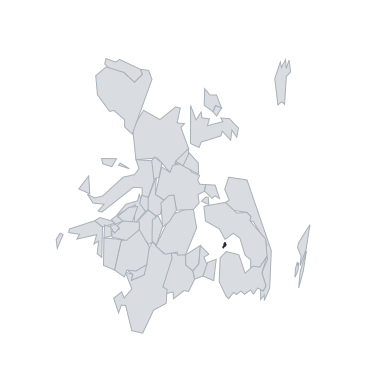 Europe, with Aland highlighted, rotated 101°
{"feature_id": "ALA", "entity_name": "Aland", "entity_type": "country or territory", "adm_level": 0, "iso_a3": "ALA", "parent_name": "Europe", "parent_adm1": "", "projection": "equal_earth", "projection_center": [19.994, 60.209], "detail": "fine", "context": "in_parent", "style": "filled", "palette": "slate", "viewbox_px": 384, "rotation_deg": 101, "n_neighbors": 38, "source": "natural_earth", "source_scale": "50m", "svg_char_len": 8124}
<svg xmlns="http://www.w3.org/2000/svg" viewBox="0 0 384 384"><g transform="rotate(101 192 192)"><path d="M201.5,70.0L226.4,69.1L243.7,71.7L234.1,72.7L226.6,77.7L221.9,77.8L201.5,70.0ZM284.4,104.1L274.0,106.2L275.5,103.2L270.0,101.5L257.9,108.0L243.1,104.9L237.3,109.0L229.3,108.3L209.4,126.0L209.3,129.6L204.9,129.5L201.6,134.3L202.2,150.3L195.8,157.3L192.9,153.9L183.1,160.4L170.5,158.8L169.7,140.3L234.4,103.0L271.5,97.4L284.7,100.3L279.5,101.4L284.4,104.1ZM265.9,69.0L249.4,70.6L227.9,68.4L248.9,67.7L265.9,69.0ZM256.1,74.7L247.5,75.8L240.6,75.2L243.3,74.4L241.0,73.6L248.9,73.0L256.1,74.7Z" fill="#d9dde1" stroke="#a8b0b8" stroke-width="1"/><path d="M150.0,203.6L177.0,217.3L165.2,232.5L171.0,253.2L140.3,262.6L121.1,255.1L127.0,237.3L111.6,224.3L111.8,219.5L127.0,219.8L126.4,212.4L130.8,215.2L150.0,203.6ZM177.3,267.9L181.1,257.9L179.7,269.4L177.3,267.9Z" fill="#d9dde1" stroke="#a8b0b8" stroke-width="1"/><path d="M195.8,157.3L204.1,143.9L201.6,134.3L204.9,129.5L209.3,129.6L224.1,110.8L240.6,106.0L252.9,111.1L254.8,120.1L247.4,121.4L243.9,127.8L228.1,136.2L224.7,143.7L232.2,150.5L223.0,158.1L218.0,173.2L203.7,177.6L195.8,157.3Z" fill="#d9dde1" stroke="#a8b0b8" stroke-width="1"/><path d="M277.1,172.8L290.4,176.4L290.2,180.9L300.4,189.8L293.7,191.5L296.6,197.6L290.8,202.5L255.5,200.9L254.9,186.3L264.9,184.1L269.2,176.1L277.1,172.8Z" fill="#d9dde1" stroke="#a8b0b8" stroke-width="1"/><path d="M316.6,239.8L324.7,241.0L311.3,248.6L303.3,242.0L309.0,238.4L298.6,232.6L283.5,242.1L284.1,234.4L290.1,234.5L282.5,223.2L263.0,225.8L248.6,221.2L257.7,208.2L255.5,200.9L260.6,198.9L290.8,202.5L292.3,197.9L306.2,196.1L315.4,207.2L340.0,213.5L339.6,224.7L316.0,235.5L316.6,239.8Z" fill="#d9dde1" stroke="#a8b0b8" stroke-width="1"/><path d="M254.9,186.3L256.7,193.9L253.7,195.1L258.2,206.4L252.0,217.3L218.5,208.2L208.5,192.1L208.9,187.3L226.3,180.6L254.9,186.3Z" fill="#d9dde1" stroke="#a8b0b8" stroke-width="1"/><path d="M222.3,223.2L217.1,232.8L209.8,234.5L183.3,230.0L201.3,227.5L205.1,218.2L219.9,218.8L222.3,223.2Z" fill="#d9dde1" stroke="#a8b0b8" stroke-width="1"/><path d="M248.6,221.2L251.8,224.8L243.2,235.3L229.7,239.0L218.1,231.7L222.3,223.2L248.6,221.2Z" fill="#d9dde1" stroke="#a8b0b8" stroke-width="1"/><path d="M271.9,222.6L282.5,223.2L290.1,234.5L284.1,234.4L281.1,240.9L280.1,231.9L271.9,222.6Z" fill="#d9dde1" stroke="#a8b0b8" stroke-width="1"/><path d="M281.1,240.9L288.3,242.2L283.4,253.1L253.5,252.3L239.0,236.5L254.0,223.4L271.9,222.6L280.1,231.9L281.1,240.9Z" fill="#d9dde1" stroke="#a8b0b8" stroke-width="1"/><path d="M269.2,176.1L264.9,184.1L254.9,186.3L242.9,173.6L261.2,171.6L269.2,176.1Z" fill="#d9dde1" stroke="#a8b0b8" stroke-width="1"/><path d="M272.4,165.2L277.1,172.8L269.2,176.1L261.2,171.6L242.9,173.6L249.8,163.6L253.7,167.9L262.2,162.3L272.4,165.2Z" fill="#d9dde1" stroke="#a8b0b8" stroke-width="1"/><path d="M275.0,153.8L272.4,165.2L258.3,163.3L253.4,155.4L275.0,153.8Z" fill="#d9dde1" stroke="#a8b0b8" stroke-width="1"/><path d="M208.9,187.3L212.8,203.8L198.6,209.2L205.1,218.2L201.3,227.5L173.1,226.5L177.0,217.3L169.7,216.1L167.1,210.1L167.9,199.1L172.3,196.8L174.4,187.7L179.4,188.7L182.9,185.7L182.1,180.0L188.9,179.8L193.4,185.7L201.3,182.9L208.9,187.3Z" fill="#d9dde1" stroke="#a8b0b8" stroke-width="1"/><path d="M251.9,249.4L253.5,252.3L283.4,253.1L280.9,264.9L253.8,269.7L251.9,249.4Z" fill="#d9dde1" stroke="#a8b0b8" stroke-width="1"/><path d="M273.1,313.5L264.4,316.3L257.5,313.6L258.5,310.5L273.1,313.5ZM243.4,273.2L273.5,268.1L270.7,273.3L258.0,274.3L261.8,278.3L252.1,277.4L260.2,296.1L255.0,294.2L255.4,305.2L251.7,305.3L238.7,281.9L243.4,273.2Z" fill="#d9dde1" stroke="#a8b0b8" stroke-width="1"/><path d="M243.4,273.2L238.7,281.9L234.6,277.4L236.4,260.2L243.4,273.2Z" fill="#d9dde1" stroke="#a8b0b8" stroke-width="1"/><path d="M219.9,234.0L234.6,242.6L215.4,245.4L229.5,261.6L216.6,254.5L211.0,243.7L204.4,243.3L219.9,234.0Z" fill="#d9dde1" stroke="#a8b0b8" stroke-width="1"/><path d="M184.0,227.2L187.6,234.1L171.2,238.9L164.9,235.5L169.2,227.1L184.0,227.2Z" fill="#d9dde1" stroke="#a8b0b8" stroke-width="1"/><path d="M165.8,210.4L167.5,214.4L164.9,214.0L165.8,210.4Z" fill="#d9dde1" stroke="#a8b0b8" stroke-width="1"/><path d="M168.1,205.8L164.9,214.0L150.0,203.6L162.6,201.5L168.1,205.8Z" fill="#d9dde1" stroke="#a8b0b8" stroke-width="1"/><path d="M173.3,189.0L168.1,205.8L154.1,202.3L162.3,191.4L173.3,189.0Z" fill="#d9dde1" stroke="#a8b0b8" stroke-width="1"/><path d="M81.5,265.8L86.1,263.0L95.3,269.4L87.6,281.9L88.8,293.1L83.1,302.1L77.4,301.9L79.0,291.7L75.7,288.3L81.5,265.8Z" fill="#d9dde1" stroke="#a8b0b8" stroke-width="1"/><path d="M85.6,300.2L87.6,281.9L95.3,269.4L86.1,263.0L81.5,265.8L80.8,257.8L89.1,252.8L146.6,261.7L141.0,270.5L133.9,272.0L126.9,284.2L128.6,288.3L114.7,303.3L96.2,308.7L85.6,300.2Z" fill="#d9dde1" stroke="#a8b0b8" stroke-width="1"/><path d="M109.3,186.6L104.5,196.6L88.1,199.3L93.4,192.8L92.1,186.5L104.0,179.0L102.7,185.4L109.3,186.6Z" fill="#d9dde1" stroke="#a8b0b8" stroke-width="1"/><path d="M188.2,231.4L205.6,234.0L206.0,240.2L197.5,241.6L198.5,250.4L229.0,276.7L228.5,280.6L220.8,276.0L221.7,287.1L214.0,294.3L216.5,286.6L212.9,278.9L190.6,262.5L185.8,251.6L179.0,248.5L171.0,253.2L169.0,237.5L188.2,231.4ZM196.0,296.5L213.2,292.0L210.6,303.7L196.0,296.5ZM173.7,272.4L182.5,275.6L181.3,285.1L176.4,287.1L173.7,272.4Z" fill="#d9dde1" stroke="#a8b0b8" stroke-width="1"/><path d="M188.9,179.8L182.1,180.0L180.8,170.6L193.2,163.7L191.3,168.5L194.3,171.1L188.9,179.8ZM201.1,173.1L199.3,180.9L194.5,177.6L194.0,175.1L201.1,173.1Z" fill="#d9dde1" stroke="#a8b0b8" stroke-width="1"/><path d="M109.3,186.6L102.7,185.4L104.0,179.0L112.7,182.4L109.3,186.6ZM124.0,189.5L117.0,175.1L113.9,177.9L112.9,169.2L120.4,158.6L129.8,158.5L123.6,164.7L133.8,163.9L126.5,173.9L131.4,174.3L141.2,192.4L147.0,193.6L144.7,202.7L107.3,209.9L120.5,201.8L111.8,198.3L117.3,196.3L116.8,188.9L124.0,189.5Z" fill="#d9dde1" stroke="#a8b0b8" stroke-width="1"/><path d="M88.3,117.9L86.3,121.0L90.1,124.3L65.0,132.4L47.6,130.1L52.8,127.9L44.2,125.4L52.8,123.1L44.0,121.9L55.2,118.1L60.7,121.4L88.3,117.9Z" fill="#d9dde1" stroke="#a8b0b8" stroke-width="1"/><path d="M205.6,234.0L218.1,231.7L219.9,234.0L213.3,241.1L204.8,240.8L205.6,234.0Z" fill="#d9dde1" stroke="#a8b0b8" stroke-width="1"/><path d="M275.5,103.2L273.7,109.2L280.5,112.2L276.9,115.7L282.4,121.0L279.9,125.2L284.2,128.8L282.7,132.1L289.7,135.6L288.2,138.3L275.0,148.2L251.2,151.8L243.9,147.0L244.7,134.0L261.6,124.4L253.3,118.2L252.9,111.1L240.6,106.0L257.9,108.0L270.0,101.5L275.5,103.2Z" fill="#d9dde1" stroke="#a8b0b8" stroke-width="1"/><path d="M250.9,216.9L247.5,221.9L226.8,225.6L221.8,220.9L230.5,214.2L250.9,216.9Z" fill="#d9dde1" stroke="#a8b0b8" stroke-width="1"/><path d="M212.8,203.8L225.5,208.6L232.0,214.2L208.8,220.4L199.8,213.9L198.6,209.2L212.8,203.8Z" fill="#d9dde1" stroke="#a8b0b8" stroke-width="1"/><path d="M230.1,260.4L219.0,250.8L216.6,242.6L234.5,245.1L234.9,254.0L230.1,260.4Z" fill="#d9dde1" stroke="#a8b0b8" stroke-width="1"/><path d="M250.6,262.8L253.8,269.7L241.1,271.5L241.9,264.6L250.6,262.8Z" fill="#d9dde1" stroke="#a8b0b8" stroke-width="1"/><path d="M231.7,238.0L239.0,236.5L252.1,247.1L251.5,261.8L246.3,263.3L242.2,256.1L239.2,259.3L233.7,254.4L231.7,238.0Z" fill="#d9dde1" stroke="#a8b0b8" stroke-width="1"/><path d="M238.2,260.9L234.5,265.9L229.5,261.6L233.7,254.4L238.2,260.9Z" fill="#d9dde1" stroke="#a8b0b8" stroke-width="1"/><path d="M241.0,266.0L238.2,260.9L241.2,256.5L247.3,260.2L241.0,266.0Z" fill="#d9dde1" stroke="#a8b0b8" stroke-width="1"/><path d="M237.8,149.0L238.0,149.0L238.6,149.2L238.7,149.3L238.9,149.4L239.0,149.5L238.7,149.9L238.4,149.8L238.2,149.9L238.0,150.1L238.0,150.4L236.9,150.5L236.7,150.4L236.3,149.7L236.6,149.4L236.8,149.4L236.8,149.8L237.1,149.7L237.2,149.3L237.2,149.2L236.9,149.0L237.0,148.8L237.3,148.7L237.6,149.0L237.8,149.0ZM236.3,149.9L236.3,150.0L236.1,150.0L235.9,150.2L235.7,150.1L235.6,149.9L235.8,149.6L236.1,149.6L236.3,149.9ZM240.7,150.7L240.6,150.8L240.3,150.9L240.1,150.7L239.7,150.8L239.7,150.7L239.8,150.6L240.1,150.5L240.5,150.5L240.7,150.7Z" fill="#64748b" stroke="#1e293b" stroke-width="1.5"/></g></svg>